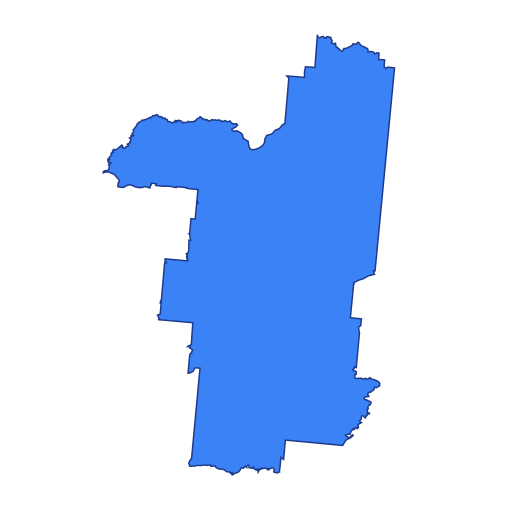 Mount Alexander, Victoria, Australia, rotated 87°
{"feature_id": "25037944B33361376852028", "entity_name": "Mount Alexander", "entity_type": "district", "adm_level": 2, "iso_a3": "AUS", "parent_name": "Australia", "parent_adm1": "Victoria", "projection": "mercator", "projection_center": [144.192, -37.076], "detail": "fine", "context": "isolated", "style": "filled", "palette": "blue", "viewbox_px": 512, "rotation_deg": 87, "n_neighbors": 0, "source": "geoboundaries", "source_scale": "gbopen_adm2", "svg_char_len": 6093}
<svg xmlns="http://www.w3.org/2000/svg" viewBox="0 0 512 512"><g transform="rotate(87 256 256)"><path d="M110.5,346.3L109.6,348.0L110.4,349.3L110.4,351.6L112.1,353.3L111.9,353.9L112.5,354.4L112.2,355.1L114.0,358.8L114.0,360.5L114.7,361.1L114.3,362.7L116.0,364.3L116.3,366.2L116.9,366.4L118.2,368.0L119.0,368.0L122.9,371.2L123.4,372.0L125.8,371.7L127.3,373.4L128.2,373.0L129.0,372.0L129.5,372.1L129.8,372.9L129.1,374.3L129.7,374.6L130.8,374.3L131.6,376.1L132.3,375.2L133.6,374.9L135.7,376.1L136.4,375.8L137.6,378.6L138.5,377.6L139.4,377.5L140.0,380.2L141.5,381.1L141.7,382.1L140.7,382.9L140.9,383.7L140.6,384.1L139.1,383.5L138.2,384.2L142.2,389.5L142.8,391.4L142.0,392.2L142.2,392.8L143.0,392.9L143.7,393.9L145.2,393.2L145.5,395.0L146.6,395.4L147.6,394.9L149.9,397.5L150.9,397.6L151.4,397.2L151.6,398.9L152.7,398.4L152.5,397.2L153.0,398.3L152.8,398.9L154.7,398.6L155.2,396.2L155.6,395.9L156.6,397.2L156.7,398.5L157.3,398.5L158.0,397.7L161.5,398.3L163.3,400.1L162.9,401.0L163.1,402.9L163.7,403.9L164.9,404.2L164.3,402.0L164.3,399.2L166.9,393.4L172.4,389.1L175.3,388.4L175.4,389.6L179.5,390.4L180.1,388.4L180.6,384.5L179.0,381.9L178.2,378.7L179.2,375.5L180.5,373.3L181.6,369.5L181.6,366.1L180.9,363.8L181.4,361.2L182.5,358.5L177.9,356.4L178.6,352.0L180.3,352.3L181.5,345.1L181.5,341.9L182.4,335.5L183.0,334.8L183.4,331.7L182.6,331.5L184.0,322.2L184.5,322.3L184.8,320.2L185.2,319.9L186.6,310.5L197.4,312.1L198.0,311.8L198.3,312.4L198.9,312.1L198.7,311.6L200.0,311.0L199.8,312.4L215.9,314.8L215.3,319.0L230.3,321.1L230.3,321.7L230.9,321.2L237.0,320.5L236.7,322.1L247.0,322.9L249.8,323.8L249.6,324.4L250.2,325.5L251.3,324.9L252.6,325.2L252.7,324.4L254.1,325.4L255.6,324.3L256.1,324.8L256.2,324.4L257.3,324.6L254.1,346.9L256.3,347.2L257.5,345.8L258.0,345.8L258.2,347.6L295.8,352.9L295.7,353.6L298.0,354.0L297.9,353.1L309.0,354.7L309.8,357.4L312.5,356.3L314.5,356.6L319.3,322.6L341.0,325.2L340.9,325.5L341.9,326.3L342.0,327.9L342.9,329.0L343.0,327.4L344.5,326.9L345.3,325.4L346.9,324.2L348.9,325.7L349.7,325.4L350.2,326.9L351.7,327.4L369.4,330.0L369.5,328.6L368.2,325.5L367.7,324.7L364.8,323.1L364.5,322.1L365.1,317.8L454.6,330.9L456.8,332.8L459.2,334.0L462.5,333.1L462.5,327.4L462.0,326.2L462.4,322.0L462.0,319.3L462.5,315.8L462.2,312.9L462.4,312.3L463.6,312.1L463.6,307.6L465.0,307.1L466.3,305.2L467.1,302.6L466.8,301.2L467.5,300.2L467.7,299.1L469.8,296.7L470.6,293.0L471.6,292.9L471.0,291.0L471.7,290.7L472.5,291.6L473.2,291.4L473.3,290.8L473.1,290.0L472.2,289.3L470.8,284.8L469.3,283.3L467.2,282.3L466.9,281.7L467.3,279.6L465.4,278.0L466.6,276.3L465.6,276.4L464.6,275.2L464.4,274.3L465.1,273.9L467.0,274.1L467.7,270.9L466.6,269.7L468.0,269.3L469.0,268.2L469.0,266.4L469.8,266.7L469.2,264.9L469.9,265.3L471.9,265.1L469.3,263.6L469.1,261.9L468.1,261.6L468.6,260.2L468.3,258.8L468.8,256.0L469.2,255.2L470.0,255.8L470.2,255.5L470.0,254.1L468.6,252.2L468.4,251.1L468.6,250.1L469.7,249.2L470.9,248.9L472.1,249.6L472.9,249.3L473.8,246.0L473.2,245.1L472.9,243.7L470.5,243.8L470.0,243.4L458.4,241.6L460.6,239.1L441.4,236.3L449.7,179.4L444.6,175.8L442.2,170.8L440.5,168.5L439.7,168.6L439.7,169.2L442.2,171.9L442.3,172.6L440.6,175.3L439.4,176.0L438.8,173.5L439.1,171.6L435.2,169.8L434.6,168.0L433.6,167.9L434.1,166.9L432.7,166.0L433.6,164.1L432.7,163.5L432.8,162.7L429.6,162.9L427.9,159.4L426.6,161.3L425.4,160.7L424.7,159.6L421.6,159.0L421.2,158.2L421.4,157.0L423.4,155.5L423.3,155.0L421.9,154.9L421.1,153.5L420.3,153.7L419.5,151.8L419.6,151.2L419.1,150.8L418.0,153.2L416.7,152.7L415.1,153.0L414.2,151.8L412.8,152.2L411.8,151.8L410.6,150.8L410.7,149.8L408.2,148.7L406.8,150.3L406.8,151.5L405.3,153.2L405.4,154.4L404.2,155.5L403.0,155.3L402.1,152.5L402.3,151.5L402.0,150.6L400.6,151.7L398.1,150.9L398.1,148.7L396.7,147.5L396.7,146.3L395.1,144.9L393.2,144.4L393.1,143.8L393.8,142.4L392.9,141.4L392.3,139.4L389.6,139.1L388.1,140.1L386.9,141.9L386.3,143.6L385.6,144.2L385.5,146.3L383.6,148.4L383.6,149.1L384.5,149.9L385.0,151.8L383.8,152.9L384.6,154.8L383.5,157.3L383.6,161.7L383.2,163.2L382.6,163.7L379.9,163.7L379.7,162.6L379.2,162.1L378.0,162.3L377.0,161.8L375.5,163.8L375.3,165.0L374.1,165.1L373.0,163.4L371.7,163.5L372.6,161.7L338.2,156.7L334.0,157.3L332.0,157.0L331.1,155.1L324.3,154.0L322.6,165.0L289.4,160.0L289.1,159.5L287.8,160.1L285.4,154.3L284.3,150.0L281.8,145.1L280.4,138.6L277.2,139.6L277.1,137.9L75.4,107.8L74.3,114.5L75.6,116.9L73.2,118.1L66.9,117.3L66.1,123.3L60.0,122.5L59.5,123.2L59.4,124.5L60.5,126.9L59.2,127.3L58.1,128.8L57.7,131.9L57.9,133.4L55.5,133.5L54.5,134.0L53.7,136.2L53.2,136.2L52.8,136.9L52.3,138.7L50.2,141.1L48.8,141.6L47.9,142.9L48.9,144.2L49.9,144.7L49.1,147.9L50.5,148.8L51.3,150.0L53.4,155.1L53.4,157.4L55.9,158.8L56.0,159.6L54.3,161.8L52.9,162.7L52.8,163.6L51.9,163.9L51.1,165.2L47.7,165.5L48.3,167.3L47.5,168.4L47.3,169.5L44.7,168.7L43.6,169.6L41.7,169.8L41.4,170.4L41.7,171.3L40.9,172.0L40.6,173.7L41.8,174.3L41.6,175.1L42.1,176.3L41.7,176.7L41.0,176.6L40.2,177.6L40.7,179.7L41.4,180.4L41.4,181.4L40.0,183.0L38.2,183.1L70.8,187.3L69.6,196.7L75.0,198.0L80.2,198.2L77.8,215.7L80.1,213.9L125.2,220.2L126.4,222.8L130.0,226.0L131.5,230.5L134.1,232.8L135.1,234.2L136.2,239.0L139.3,240.9L143.1,241.6L145.2,242.8L147.8,246.2L149.4,250.5L149.7,254.2L148.7,256.4L145.9,257.4L141.0,257.9L138.0,262.4L134.4,263.2L132.5,264.4L130.1,268.2L129.9,269.4L130.5,270.9L129.1,273.5L128.0,273.4L125.8,268.8L124.3,267.6L123.0,268.4L122.8,272.2L121.4,274.0L119.8,274.7L120.5,277.4L119.1,279.9L120.2,282.4L119.5,282.7L119.4,284.1L118.5,284.9L118.1,286.2L118.6,287.6L117.9,289.6L118.1,290.9L117.6,292.2L117.7,293.3L118.5,294.6L118.7,296.5L117.6,297.3L117.2,298.5L117.6,299.0L117.1,299.4L117.0,300.6L116.1,301.6L115.9,302.7L115.2,303.0L114.0,304.6L115.0,305.4L116.2,308.1L117.9,309.3L117.9,310.4L118.8,311.3L118.4,313.5L118.8,314.1L118.7,315.2L118.0,316.4L119.1,318.5L118.8,321.3L119.3,322.4L117.5,323.3L116.3,326.3L117.9,327.9L117.8,328.4L116.7,328.2L116.5,329.7L118.0,330.0L118.0,331.5L118.6,332.6L117.0,336.2L117.0,337.2L115.1,337.6L114.6,339.1L113.4,339.7L113.9,341.7L112.5,342.4L112.7,342.9L111.8,343.6L111.8,345.8L110.5,346.3Z" fill="#3b82f6" stroke="#1e3a8a" stroke-width="1.5"/></g></svg>